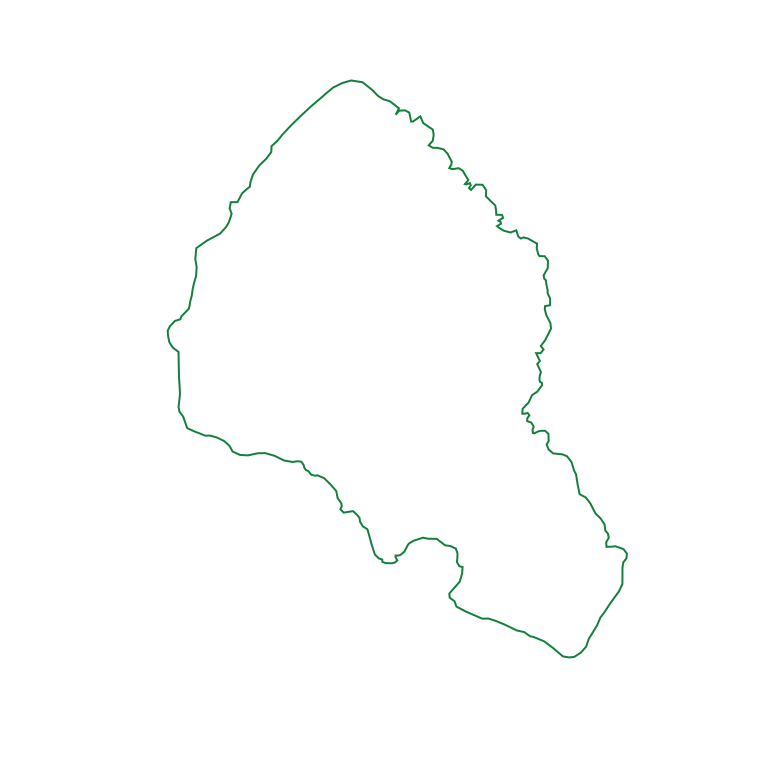 the district of Rumung, Federated States of Micronesia, rotated 349°
{"feature_id": "79324940B97331149389793", "entity_name": "Rumung", "entity_type": "district", "adm_level": 2, "iso_a3": "FSM", "parent_name": "Federated States of Micronesia", "parent_adm1": "", "projection": "orthographic", "projection_center": [138.155, 9.624], "detail": "fine", "context": "isolated", "style": "outline", "palette": "green", "viewbox_px": 768, "rotation_deg": 349, "n_neighbors": 0, "source": "geoboundaries", "source_scale": "gbopen_adm2", "svg_char_len": 3842}
<svg xmlns="http://www.w3.org/2000/svg" viewBox="0 0 768 768"><g transform="rotate(349 384 384)"><path d="M451.3,116.2L443.7,107.5L437.8,104.5L433.0,100.0L428.9,93.5L420.5,83.7L409.7,79.8L400.5,80.6L390.6,83.3L382.8,87.6L376.8,91.1L366.6,96.8L352.6,105.5L345.1,110.4L339.6,114.2L331.5,120.1L325.5,125.2L319.0,129.0L317.6,134.8L311.3,140.5L303.4,145.6L295.3,153.4L291.4,160.3L289.9,164.8L286.5,166.5L280.9,169.9L274.9,177.5L268.3,176.3L266.0,182.1L266.9,187.7L265.4,190.7L262.7,195.4L259.1,199.7L251.7,205.1L237.5,209.5L225.7,214.8L222.6,225.3L222.4,233.6L220.1,242.2L216.8,248.7L214.5,253.8L212.2,260.5L209.7,265.6L207.0,272.7L198.1,278.9L196.3,281.6L190.8,282.2L184.7,286.6L181.8,290.5L181.2,296.3L181.3,302.0L183.6,307.9L188.4,313.3L184.2,337.4L182.8,348.0L181.8,355.0L179.1,363.8L177.9,367.3L177.9,372.0L180.6,377.6L181.8,385.8L182.4,389.8L189.6,394.9L193.1,397.0L198.6,400.6L203.6,401.5L209.9,404.7L216.2,409.5L220.5,415.2L222.5,421.4L229.0,426.1L236.8,428.1L246.8,427.9L254.3,429.2L263.0,433.7L271.3,440.0L279.6,443.2L283.6,443.2L287.9,444.4L289.0,446.7L289.6,448.1L290.0,451.6L290.9,453.6L293.1,455.0L295.2,459.1L299.0,461.0L301.0,460.8L307.3,465.0L312.4,472.5L316.7,480.0L316.7,487.3L319.3,492.8L319.3,495.7L317.3,498.6L319.9,502.6L324.3,502.7L329.3,502.9L332.8,507.7L334.4,510.7L334.2,514.5L336.0,519.7L339.9,523.3L340.2,525.2L341.1,537.5L342.5,549.6L345.7,554.3L348.7,555.9L348.5,558.3L351.5,560.1L357.5,561.5L360.4,561.4L363.4,559.8L362.2,555.9L362.7,554.6L365.1,555.1L367.5,554.9L372.1,552.4L377.0,546.2L378.6,545.1L383.3,543.5L392.9,542.3L397.8,544.3L406.2,546.1L413.2,554.0L418.2,555.7L423.1,559.2L423.8,564.2L423.1,567.7L421.6,572.8L423.2,577.2L426.2,578.7L424.5,585.0L420.6,592.5L415.2,596.7L411.6,599.4L408.1,602.2L407.7,606.2L409.7,608.5L411.8,610.7L412.6,616.3L420.8,622.9L435.6,633.1L441.6,634.1L448.2,637.7L456.3,643.0L467.2,651.2L474.5,654.4L476.4,656.5L479.5,659.7L482.2,660.6L492.3,667.3L499.3,675.1L507.6,685.5L513.4,687.7L518.6,688.2L525.9,685.3L532.2,680.5L536.5,673.1L541.1,668.2L547.2,661.5L551.8,654.6L556.6,650.3L564.0,642.7L575.1,632.4L579.8,626.0L581.2,619.2L583.1,609.6L584.8,604.8L588.8,601.3L590.1,596.8L587.6,591.8L583.2,589.1L580.0,587.4L575.2,587.0L571.9,586.3L571.3,586.3L571.9,581.8L575.3,577.8L575.3,573.7L573.3,570.0L573.7,564.0L570.9,557.2L566.9,551.4L563.7,540.4L560.4,533.9L555.0,529.5L554.9,519.4L555.3,509.4L554.0,505.1L553.2,496.4L549.9,489.9L545.7,487.1L536.8,484.4L533.1,479.7L532.1,474.5L534.8,471.2L535.9,464.3L533.2,460.7L529.2,459.9L526.5,459.9L522.3,461.1L520.8,460.5L521.1,457.2L522.8,454.5L521.3,450.0L517.5,447.8L518.0,445.2L520.7,442.5L519.5,439.8L516.4,440.0L514.1,439.5L515.4,434.7L522.3,429.9L527.3,423.1L533.0,420.8L539.0,415.2L539.2,412.9L537.6,411.8L537.4,409.5L538.4,405.7L540.3,402.4L538.2,393.7L541.4,391.1L539.2,382.7L543.7,383.6L547.2,380.5L545.1,376.7L550.6,371.7L558.5,361.5L559.0,356.0L556.5,347.3L556.1,341.5L556.9,338.3L562.0,338.4L563.4,331.6L561.9,326.4L562.5,323.0L562.4,317.5L562.7,313.0L561.4,311.3L561.4,310.3L561.4,307.8L566.8,301.6L568.5,294.2L566.1,289.2L562.2,288.4L561.1,288.2L560.2,286.4L559.8,280.1L561.0,275.4L553.0,268.6L548.9,266.7L546.0,267.3L543.9,264.7L543.2,258.4L537.0,259.4L530.9,256.4L526.7,252.6L525.1,250.6L529.4,249.0L529.4,247.1L527.5,245.5L532.6,243.7L532.1,240.5L526.5,239.3L527.1,235.4L527.3,230.0L523.1,224.0L519.9,219.2L521.3,213.2L518.7,207.2L512.2,205.8L506.5,210.1L504.8,208.0L507.1,205.5L506.7,203.2L502.9,203.8L501.6,203.2L504.8,200.7L505.6,199.8L502.0,189.7L498.6,186.4L492.2,186.2L489.3,184.5L491.9,181.5L492.9,178.8L491.1,172.6L490.4,170.1L487.2,165.0L481.5,162.4L476.9,161.4L474.7,159.4L473.4,158.2L478.3,154.5L480.1,149.6L480.4,147.6L480.4,143.5L475.1,138.2L472.3,135.4L470.7,128.2L462.5,131.9L460.7,131.6L460.6,122.4L456.9,119.4L451.0,118.6L446.9,121.9L451.3,116.2Z" fill="none" stroke="#15803d" stroke-width="2"/></g></svg>